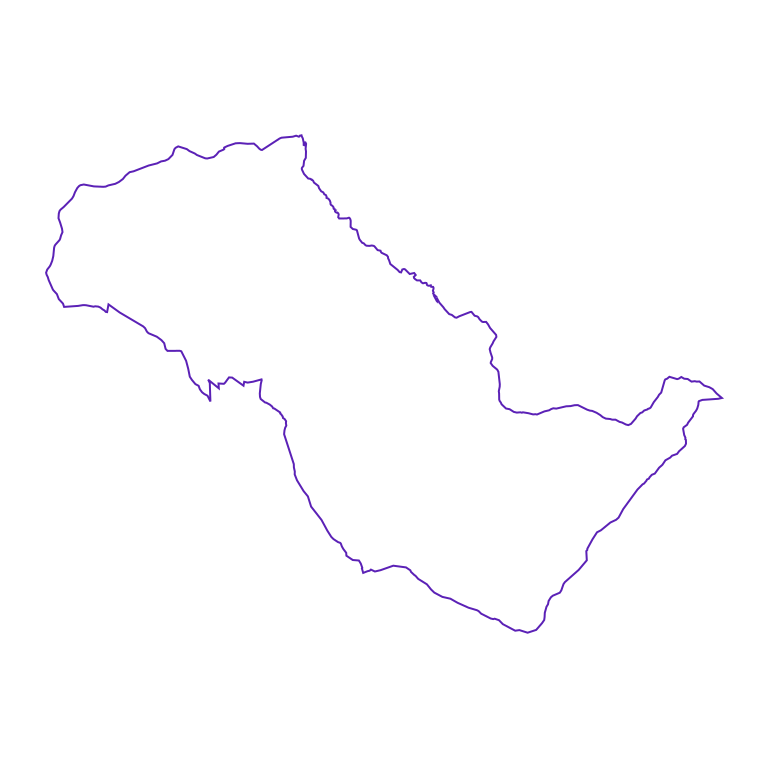 Bilbor, Harghita, Romania (Albers equal-area conic projection)
{"feature_id": "2599482B34783893075805", "entity_name": "Bilbor", "entity_type": "district", "adm_level": 2, "iso_a3": "ROU", "parent_name": "Romania", "parent_adm1": "Harghita", "projection": "albers", "projection_center": [25.478, 47.092], "detail": "fine", "context": "isolated", "style": "outline", "palette": "violet", "viewbox_px": 768, "rotation_deg": 0, "n_neighbors": 0, "source": "geoboundaries", "source_scale": "gbopen_adm2", "svg_char_len": 6084}
<svg xmlns="http://www.w3.org/2000/svg" viewBox="0 0 768 768"><path d="M721.9,398.0L716.6,393.5L712.7,389.1L709.3,387.2L704.2,385.6L699.5,381.5L696.6,381.6L694.8,381.2L691.5,381.6L687.7,379.0L684.2,378.7L681.3,377.0L678.7,378.7L677.1,379.1L669.4,376.8L667.1,378.7L665.3,379.4L664.7,380.4L661.2,392.6L659.1,394.7L657.8,397.0L653.8,402.1L650.7,407.5L649.7,408.3L647.9,408.9L647.5,409.4L644.2,410.5L642.2,412.4L640.4,413.0L637.0,416.3L635.6,418.6L631.0,423.9L628.3,425.1L625.9,424.5L622.0,422.5L619.6,421.9L615.6,419.7L612.3,419.7L610.1,419.0L605.8,418.6L602.7,417.1L600.3,415.1L596.6,412.8L592.2,410.9L589.9,410.6L587.2,409.7L577.9,405.1L574.6,405.2L570.5,406.1L566.2,406.3L556.3,408.6L553.3,408.3L551.3,409.0L549.1,410.3L544.4,411.4L537.0,414.5L535.4,414.2L533.1,414.4L528.4,413.2L522.9,412.3L521.9,412.7L520.4,412.3L516.8,412.6L513.8,411.9L509.6,409.2L506.0,408.5L501.6,404.3L500.8,402.5L499.7,401.0L499.2,399.6L499.1,393.5L498.8,391.2L499.7,386.7L499.8,384.2L498.4,371.8L497.2,369.6L492.7,365.9L490.7,363.1L490.8,362.2L492.2,359.0L492.2,357.5L490.5,352.5L489.7,349.1L490.3,347.3L492.7,343.3L493.5,341.4L496.4,336.9L496.1,334.9L490.1,328.0L488.0,324.3L486.1,321.9L483.0,322.0L481.9,321.6L479.6,319.3L478.2,317.1L477.2,316.4L474.6,315.7L471.5,311.9L470.3,312.0L459.2,316.3L456.6,317.7L455.0,317.4L451.8,314.9L449.2,314.1L444.6,309.1L443.4,307.3L439.4,302.7L437.2,298.7L437.0,301.3L436.8,301.1L434.2,296.2L435.6,296.1L433.2,293.7L433.1,293.3L433.7,292.4L432.9,290.8L433.5,288.8L433.5,287.7L433.1,286.9L431.2,286.8L430.8,285.3L429.0,285.8L427.5,285.4L426.9,284.8L426.7,283.5L426.4,283.0L425.1,282.8L423.0,283.3L421.5,282.4L420.2,280.4L417.0,280.4L415.1,279.1L414.1,278.1L413.8,276.9L415.7,275.0L414.2,273.0L409.7,274.0L405.1,269.4L404.0,269.0L402.3,269.5L401.1,272.4L399.6,272.1L397.6,269.9L390.3,264.0L389.1,260.3L388.1,258.3L388.0,256.9L386.8,255.3L381.6,252.8L380.9,251.9L380.5,250.7L377.6,250.1L374.5,246.4L373.8,245.9L371.8,245.5L369.4,245.9L366.5,245.7L365.5,245.2L363.7,243.3L362.2,242.8L359.8,239.8L359.1,238.5L356.9,230.3L356.0,229.7L352.8,229.0L350.6,226.9L350.7,220.8L350.3,219.2L349.6,218.1L349.0,217.7L346.8,218.4L339.2,218.5L338.2,217.2L338.7,214.5L338.3,213.4L337.5,212.6L337.1,212.8L335.7,212.2L335.1,211.5L335.0,211.1L335.5,210.4L335.0,210.3L334.7,209.2L334.2,209.2L333.6,208.6L333.6,207.4L332.4,205.8L331.1,205.0L330.5,204.0L330.5,202.5L329.8,200.5L328.4,198.7L326.5,197.9L326.6,196.6L325.8,195.0L324.3,194.3L323.3,192.4L321.2,191.3L319.1,188.3L318.3,185.9L314.0,182.6L313.1,180.7L311.8,179.6L311.6,179.8L310.2,178.8L308.2,178.5L304.0,173.9L301.9,169.5L301.8,168.3L302.1,167.6L303.5,165.9L304.1,160.8L305.8,157.9L306.0,151.4L305.6,148.8L306.1,143.8L305.4,142.4L305.0,142.4L305.1,144.9L304.4,145.3L303.7,145.0L303.7,142.7L302.8,138.4L301.8,136.4L301.5,135.3L299.8,135.7L299.5,136.4L298.9,136.7L296.1,135.7L292.8,136.7L281.5,137.7L279.6,138.5L262.0,150.0L260.7,149.7L259.3,148.7L257.1,146.3L253.9,143.6L247.6,143.8L239.9,143.1L235.6,143.3L227.7,145.9L224.3,147.5L224.0,148.0L224.3,148.9L223.6,149.6L218.9,151.6L216.4,154.7L213.7,157.0L207.2,158.5L205.2,158.3L196.9,155.0L194.8,153.5L189.5,151.1L186.8,149.1L178.2,146.4L175.6,147.8L174.4,149.2L172.5,154.9L168.4,159.1L165.0,160.7L161.1,161.4L157.1,163.4L148.7,165.5L133.6,171.3L129.6,172.2L125.5,175.7L122.9,179.0L121.3,180.2L118.9,182.0L115.3,183.8L108.4,185.4L105.7,186.6L103.3,186.8L93.9,186.4L83.8,184.5L80.4,185.2L79.0,186.1L77.3,188.0L75.0,192.2L73.5,196.1L72.0,198.6L63.7,207.0L60.5,209.7L59.5,211.1L58.8,213.6L58.5,218.2L60.1,222.5L62.0,228.7L62.5,232.1L61.1,235.3L60.1,238.9L59.5,240.1L55.3,244.8L54.6,246.0L54.1,247.8L53.3,256.1L52.2,260.8L50.7,264.6L49.8,266.3L47.2,269.6L46.1,272.7L46.6,274.7L47.8,277.1L48.7,280.1L52.7,289.2L53.3,290.2L56.9,294.1L58.8,299.1L63.0,303.6L64.1,306.9L78.2,305.9L83.1,305.1L85.9,305.2L93.5,306.7L95.2,306.3L98.3,306.6L100.5,307.6L102.5,309.3L104.4,310.4L105.8,311.9L107.1,312.1L108.5,304.4L119.7,312.5L143.2,326.4L145.1,328.2L146.9,331.6L148.5,333.2L156.8,336.7L161.4,340.1L164.2,343.2L165.6,348.9L167.5,350.9L179.8,350.8L181.3,351.3L186.1,360.8L188.2,368.7L189.8,376.7L191.9,379.9L195.4,384.1L198.6,385.8L199.9,389.3L202.1,392.3L204.3,394.0L207.5,395.7L210.4,401.5L209.8,383.0L208.2,379.7L218.8,388.3L218.5,383.5L223.9,383.8L225.1,382.7L229.0,377.4L232.2,377.6L243.5,385.7L244.2,381.8L247.6,382.6L253.1,381.7L261.5,379.4L261.7,380.2L260.8,383.9L259.8,393.4L260.0,396.9L260.7,399.0L265.1,402.5L266.3,402.7L269.8,404.6L272.1,406.5L273.2,408.3L274.3,408.5L280.2,412.5L280.2,413.5L281.5,414.6L281.8,415.4L282.7,416.4L283.0,418.0L284.6,419.0L286.1,421.2L285.9,423.1L286.3,425.6L285.2,427.7L284.5,430.3L284.1,434.2L293.8,464.1L293.9,467.4L294.8,471.5L294.7,474.4L297.0,480.3L303.6,491.1L307.9,496.4L311.1,506.6L321.5,519.9L327.3,530.6L331.3,536.9L333.5,539.1L338.0,542.1L340.1,542.8L340.8,543.5L341.9,546.5L343.4,549.1L346.2,552.8L346.4,555.7L352.7,560.0L358.9,560.5L360.8,563.6L362.3,567.9L361.9,568.4L363.2,572.9L367.5,571.2L369.7,570.7L370.9,569.6L374.9,571.5L380.5,570.2L393.3,565.7L406.0,567.4L410.3,570.3L411.0,571.9L414.6,575.3L415.3,575.6L418.2,578.9L426.9,584.3L431.0,589.4L434.3,592.6L442.4,596.9L450.4,598.7L457.6,602.8L468.5,607.7L476.9,610.2L478.6,611.1L481.2,613.7L490.7,618.5L493.2,619.1L494.6,618.7L499.0,620.2L502.9,624.2L515.2,630.7L519.4,630.1L527.6,632.7L536.2,629.9L542.0,623.2L544.2,620.0L544.6,617.0L544.8,612.8L546.5,606.7L548.0,604.3L548.6,601.0L550.9,597.3L552.8,595.7L559.8,592.7L561.3,590.4L563.5,584.1L564.9,582.1L578.7,569.9L586.8,560.3L586.3,551.1L587.2,550.1L587.4,548.6L592.5,539.3L597.0,532.3L600.9,530.3L610.4,522.5L616.1,519.8L618.6,517.6L623.2,509.1L637.5,489.5L642.6,484.3L644.0,483.6L646.5,480.6L646.9,479.6L648.9,478.6L649.5,477.4L651.8,474.8L654.8,473.6L659.1,467.7L662.4,464.8L665.4,460.3L670.2,457.6L672.0,455.7L677.1,453.9L679.1,451.2L684.9,446.0L686.0,443.7L685.9,439.9L685.3,439.3L685.4,437.7L684.2,435.0L683.1,428.8L683.7,427.3L687.1,424.8L688.1,422.7L693.0,416.3L693.0,415.1L693.6,413.9L696.0,410.8L697.2,408.6L698.3,404.9L698.6,401.7L699.0,401.1L702.4,399.9L718.2,398.8L721.9,398.0Z" fill="none" stroke="#5b21b6" stroke-width="2"/></svg>